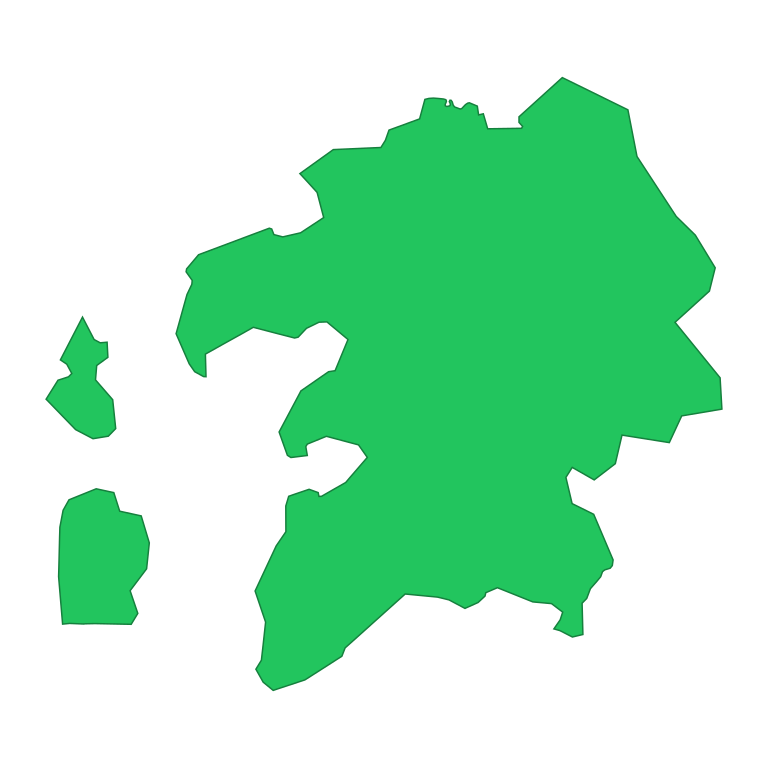 the district of Somerset, Maryland, United States of America
{"feature_id": "52423323B97218068880690", "entity_name": "Somerset", "entity_type": "district", "adm_level": 2, "iso_a3": "USA", "parent_name": "United States of America", "parent_adm1": "Maryland", "projection": "robinson", "projection_center": [-75.835, 38.105], "detail": "fine", "context": "isolated", "style": "filled", "palette": "green", "viewbox_px": 768, "rotation_deg": 0, "n_neighbors": 0, "source": "geoboundaries", "source_scale": "gbopen_adm2", "svg_char_len": 2746}
<svg xmlns="http://www.w3.org/2000/svg" viewBox="0 0 768 768"><path d="M299.9,173.6L307.0,181.3L316.9,192.2L317.1,192.4L323.7,217.6L323.2,217.9L300.6,232.8L282.8,236.9L273.9,234.6L271.7,229.0L269.3,228.2L198.6,254.7L186.6,268.9L186.1,271.8L192.2,280.4L192.0,282.6L191.9,283.7L191.8,284.4L187.0,294.5L176.1,333.7L189.2,363.8L194.7,371.7L203.6,376.6L206.0,376.7L205.4,354.1L222.7,344.4L244.3,332.4L245.3,331.8L253.3,327.3L278.6,333.9L294.6,338.0L298.1,337.2L306.5,328.3L313.1,325.1L319.0,322.2L326.9,321.9L348.0,339.5L335.6,369.5L335.1,370.7L328.6,371.7L300.9,390.9L299.2,394.2L291.0,409.6L279.1,432.0L287.4,455.3L290.9,457.5L294.3,457.1L307.3,455.5L305.8,446.6L307.3,444.1L326.4,436.3L358.6,444.9L358.8,445.3L367.3,457.4L350.2,477.2L345.8,482.4L345.0,482.9L335.5,488.3L321.9,496.1L321.6,496.3L318.9,496.4L318.2,492.6L309.1,489.3L293.5,494.6L288.7,496.3L285.8,506.0L285.9,531.7L276.2,545.9L255.1,591.0L265.6,622.1L263.1,645.2L261.4,660.2L255.9,669.2L263.2,682.2L273.2,690.4L277.3,689.0L304.9,679.9L312.9,674.8L320.1,670.2L341.9,656.2L345.1,647.9L359.2,635.3L374.0,622.0L405.2,594.0L414.4,594.9L437.5,597.1L441.7,598.1L449.0,599.9L465.0,608.4L465.6,608.1L478.1,602.5L485.0,596.1L485.8,592.7L497.4,587.7L532.8,601.9L551.5,603.6L560.2,610.2L562.7,612.1L560.2,619.8L553.9,628.9L559.9,630.6L572.4,637.0L582.9,634.5L582.1,603.2L586.7,598.5L590.4,588.7L595.1,583.3L596.2,582.1L600.7,576.7L602.5,571.7L604.7,569.9L610.2,568.2L612.3,565.6L613.1,559.9L593.7,514.3L572.1,503.6L565.9,477.4L572.2,467.4L594.2,479.9L615.3,463.7L622.0,435.1L669.3,442.6L681.7,415.9L721.9,409.1L720.1,377.8L675.0,322.3L709.4,291.1L715.2,267.8L695.3,235.1L676.2,216.4L637.0,156.5L627.9,109.8L562.3,77.6L519.0,116.8L519.0,122.4L522.6,126.4L521.6,128.3L487.7,128.8L483.3,113.8L478.6,114.9L477.3,106.1L469.4,102.8L467.8,103.1L465.5,104.6L461.7,108.6L460.1,109.0L454.5,106.9L453.1,104.9L452.3,102.0L451.1,100.3L450.0,100.2L449.3,101.6L450.2,103.5L450.3,105.0L449.6,105.9L446.8,106.5L445.3,105.8L445.2,104.4L446.4,101.5L446.1,100.0L445.3,99.5L443.5,99.0L438.7,98.5L433.5,98.1L428.9,98.4L424.9,99.4L419.6,118.9L389.0,130.1L385.4,140.3L380.9,147.5L333.3,149.6L299.9,173.6ZM131.2,624.3L137.8,613.4L130.1,590.7L146.6,568.8L149.3,542.9L141.2,515.9L119.7,511.2L113.8,492.6L97.6,489.1L96.2,488.8L69.0,499.8L63.1,510.3L59.9,527.2L59.6,536.8L58.9,566.0L58.6,576.6L62.6,624.1L68.9,623.5L69.2,623.4L84.0,624.0L84.8,623.8L94.1,623.6L94.9,623.6L95.9,623.6L115.6,624.0L131.2,624.3ZM60.4,359.9L66.8,364.2L70.4,370.9L71.8,373.5L68.5,376.8L61.8,379.0L58.0,380.2L46.1,399.2L47.4,400.5L75.6,429.6L93.0,438.7L108.3,436.2L115.7,428.6L112.7,399.7L95.5,379.9L96.7,365.5L107.9,357.3L107.1,342.2L100.2,342.8L96.1,340.6L94.1,339.5L82.5,317.1L60.4,359.9Z" fill="#22c55e" stroke="#15803d" stroke-width="1.5"/></svg>